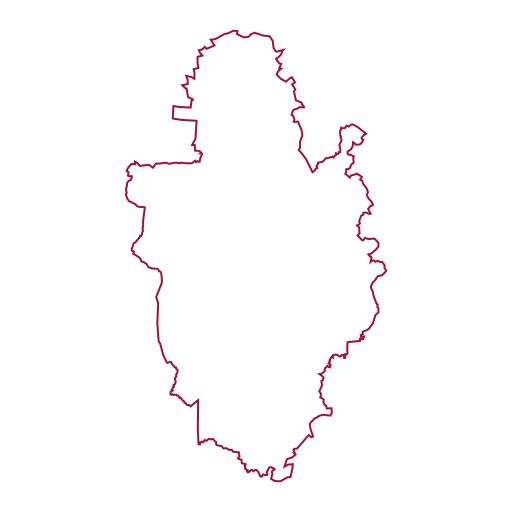 the district of Zona Bananera, Magdalena, Colombia
{"feature_id": "7082276B35550035706451", "entity_name": "Zona Bananera", "entity_type": "district", "adm_level": 2, "iso_a3": "COL", "parent_name": "Colombia", "parent_adm1": "Magdalena", "projection": "mercator", "projection_center": [-74.184, 10.797], "detail": "fine", "context": "isolated", "style": "outline", "palette": "rose", "viewbox_px": 512, "rotation_deg": 0, "n_neighbors": 0, "source": "geoboundaries", "source_scale": "gbopen_adm2", "svg_char_len": 6067}
<svg xmlns="http://www.w3.org/2000/svg" viewBox="0 0 512 512"><path d="M134.9,161.6L134.9,164.3L131.6,163.9L128.7,167.0L126.7,170.3L126.7,171.0L128.6,172.1L128.0,175.6L129.8,176.4L131.6,176.1L131.8,177.0L131.1,179.7L128.3,181.3L127.1,183.1L126.9,185.9L125.9,189.3L126.7,192.5L125.8,194.4L127.5,199.0L129.1,201.1L135.6,204.3L136.2,205.5L138.0,206.7L144.8,207.3L144.8,207.9L143.1,221.0L143.1,226.9L142.5,228.2L143.0,231.0L142.1,232.6L142.2,234.1L141.2,235.9L140.2,235.8L140.4,236.4L135.3,242.4L133.8,243.1L131.7,249.2L132.0,250.8L134.0,251.6L133.2,253.7L138.8,257.1L140.9,259.6L141.4,261.6L143.0,261.7L146.5,263.9L148.2,266.8L148.9,267.2L151.9,268.5L156.8,268.7L158.3,269.4L159.0,271.1L160.5,271.8L161.3,273.6L162.0,280.6L161.5,283.6L156.2,297.0L158.2,303.4L157.3,323.0L158.7,341.6L160.1,343.4L163.2,354.7L166.6,362.3L167.3,362.9L169.2,362.1L171.2,362.1L171.4,363.0L174.8,367.3L176.0,367.4L176.2,368.7L177.7,370.3L177.3,372.6L176.1,374.6L176.3,376.7L175.3,377.5L174.7,379.1L175.5,380.4L175.6,382.5L174.6,384.6L173.5,385.1L174.1,386.8L172.6,387.5L172.6,389.3L171.8,389.6L172.5,390.8L170.6,391.7L170.5,394.3L171.5,394.9L172.7,394.2L173.8,394.9L176.3,394.7L176.9,395.6L178.1,395.5L179.6,398.0L180.5,397.5L182.3,400.1L184.2,401.5L184.4,402.8L185.8,403.2L187.0,404.9L189.6,405.2L190.7,406.3L198.2,400.1L197.8,428.3L198.5,444.3L199.9,444.5L200.5,442.2L201.9,441.6L203.0,442.4L204.8,440.0L206.4,440.9L208.9,438.8L210.6,439.4L213.0,438.9L214.7,441.1L216.3,442.1L216.0,444.0L216.7,445.1L221.7,446.2L223.4,448.4L226.1,448.1L229.6,450.0L231.9,449.8L233.0,451.7L239.0,452.4L238.8,453.6L239.5,456.1L238.0,458.3L238.8,459.0L241.4,459.7L241.9,463.2L245.6,464.3L244.7,465.8L245.4,467.2L245.0,468.8L247.7,470.2L246.9,471.4L247.6,472.2L248.7,472.2L251.2,469.9L252.0,469.8L253.3,471.3L254.8,470.2L256.5,469.9L258.7,472.7L260.0,475.7L260.8,476.6L261.7,476.7L263.2,474.4L265.4,475.1L267.3,474.8L266.7,472.1L269.3,467.4L270.7,467.1L274.5,468.8L274.4,469.7L272.7,470.5L271.9,471.8L272.4,474.3L271.1,478.5L271.2,479.1L273.0,479.8L273.7,480.7L277.5,481.3L280.8,481.1L287.2,477.4L290.5,477.0L292.5,467.8L292.8,464.2L288.5,464.6L284.5,466.6L286.9,459.2L292.6,457.2L295.5,454.5L294.2,453.4L294.7,453.4L294.7,452.5L293.4,450.1L294.2,448.9L297.0,448.6L308.7,435.1L311.3,437.2L313.1,436.6L310.5,428.8L309.8,424.7L310.3,423.0L314.5,418.5L316.4,417.8L319.2,415.8L322.9,414.8L330.4,415.6L331.8,413.0L331.5,408.2L326.7,408.5L326.2,405.8L324.3,404.5L323.4,401.8L323.7,399.5L320.2,397.2L320.9,395.5L320.9,393.6L319.3,391.4L322.1,385.3L321.3,381.1L322.8,380.2L323.6,377.9L323.2,377.0L319.5,374.0L321.5,373.8L324.7,371.2L324.8,368.5L327.4,365.9L328.6,367.1L329.8,367.3L330.7,365.3L328.6,363.4L329.6,362.7L329.3,361.9L330.1,361.1L329.6,360.1L331.7,356.8L332.9,357.6L332.8,355.3L334.2,354.7L337.1,354.8L339.5,356.5L340.5,356.3L341.6,355.1L343.7,354.9L344.0,357.8L345.0,358.0L345.3,354.2L346.7,354.4L347.5,353.7L347.2,348.9L347.6,342.2L360.1,340.9L360.0,338.9L363.1,339.2L364.1,336.5L361.0,336.8L360.8,334.9L362.8,334.2L362.7,331.7L366.8,330.2L368.9,328.7L373.1,323.0L375.4,315.1L378.4,312.5L378.5,308.8L377.3,306.8L377.7,304.5L376.8,304.0L376.0,302.3L373.6,295.9L372.8,291.7L370.7,287.0L372.7,282.6L374.2,281.3L377.9,276.2L381.9,275.3L385.0,272.4L386.2,270.5L384.5,267.9L384.6,265.1L382.0,261.9L380.2,262.0L377.5,260.9L375.4,261.8L374.1,260.4L371.6,261.0L370.6,261.9L371.5,257.4L371.2,256.7L370.0,256.4L368.4,254.4L371.6,253.4L377.0,248.5L378.5,246.0L378.4,242.8L374.4,238.5L368.6,239.1L365.0,238.0L363.2,240.3L362.3,240.4L357.6,235.5L359.5,233.4L359.1,227.4L357.0,225.4L358.6,224.8L359.9,223.4L359.2,221.3L359.5,220.3L361.2,215.7L363.1,214.9L363.3,212.8L365.8,212.5L369.0,213.9L370.6,213.7L368.1,209.0L370.4,206.0L371.9,205.7L373.0,204.7L371.3,201.4L368.6,198.6L366.8,195.1L368.0,192.0L366.4,188.0L363.4,184.3L362.1,180.8L360.1,179.5L362.0,177.1L361.6,176.6L356.6,173.5L355.8,174.2L350.8,175.6L349.9,177.6L345.3,173.8L346.3,171.5L346.3,169.1L348.1,169.2L350.1,167.9L351.0,164.9L353.8,162.5L353.2,158.5L353.8,156.4L350.7,154.9L348.3,154.5L347.6,153.5L347.6,151.6L351.0,149.3L352.8,146.1L353.0,142.3L354.0,142.6L355.1,144.0L356.5,144.8L359.4,144.5L361.2,143.5L363.3,139.8L361.8,138.8L361.6,137.6L363.8,135.1L366.1,133.8L357.8,127.1L352.8,124.4L351.1,124.7L348.5,126.6L346.6,125.6L344.8,128.2L341.8,128.1L341.2,127.7L340.9,130.0L340.3,130.3L340.0,131.8L340.3,135.5L340.9,136.2L340.5,137.1L341.6,140.0L339.4,144.9L340.4,150.0L340.2,152.1L338.8,152.1L338.8,153.0L338.0,154.0L336.1,153.3L336.4,154.7L335.1,155.3L334.4,156.7L333.1,156.6L333.1,157.5L331.5,156.9L327.4,158.2L326.1,158.1L322.6,161.8L318.0,162.7L317.8,164.5L316.6,165.6L317.3,168.0L315.8,168.5L314.7,170.5L312.5,172.2L306.1,159.3L301.6,153.1L298.7,150.1L300.1,147.5L300.0,141.9L302.3,135.6L302.2,132.7L301.0,128.6L297.9,121.6L293.9,121.9L294.3,118.3L292.9,115.7L291.6,114.9L292.9,110.7L294.0,109.6L297.6,108.5L299.5,107.1L303.0,107.4L303.9,107.4L304.0,106.7L301.8,104.1L301.6,102.6L295.9,100.2L293.9,91.2L295.4,89.6L292.1,84.4L295.0,82.4L291.9,77.3L289.1,78.9L286.0,81.6L280.9,78.9L276.7,74.4L278.2,71.3L281.0,68.7L279.2,68.5L281.2,64.0L279.2,63.3L276.0,58.9L278.9,56.8L281.2,54.3L282.1,51.4L283.3,49.9L276.9,51.7L275.7,51.4L273.6,48.0L272.7,40.9L269.6,36.2L263.7,35.7L254.6,32.8L251.0,34.2L248.7,36.7L243.8,37.4L236.9,34.0L237.4,31.0L233.4,30.7L228.3,33.2L224.3,34.1L215.2,39.2L210.7,39.7L214.5,45.5L206.5,48.8L204.8,46.9L202.3,49.4L198.8,50.2L200.1,52.9L202.5,55.6L197.5,56.8L197.6,63.0L198.4,68.0L193.7,69.1L194.5,73.1L194.4,78.8L191.3,77.0L186.2,75.8L187.5,79.4L187.8,84.0L182.3,85.2L185.9,88.6L186.6,88.5L188.0,97.0L192.9,99.4L192.9,99.9L191.7,99.9L190.6,107.6L178.9,106.9L173.4,106.1L172.8,118.5L181.5,119.9L196.6,120.8L195.5,138.6L192.1,145.1L194.7,145.0L195.1,150.7L198.7,150.8L200.0,151.5L201.4,153.0L200.7,153.4L201.7,153.5L202.1,154.4L200.3,158.0L199.7,161.6L198.8,161.8L197.6,161.1L196.1,162.2L195.1,160.7L192.4,162.9L190.6,163.4L182.7,163.0L181.3,162.5L180.0,163.3L175.8,162.6L168.8,163.8L165.7,162.6L159.8,163.6L156.0,163.5L153.0,167.7L148.9,164.8L139.9,165.9L137.2,162.9L134.9,161.6Z" fill="none" stroke="#9f1239" stroke-width="2"/></svg>